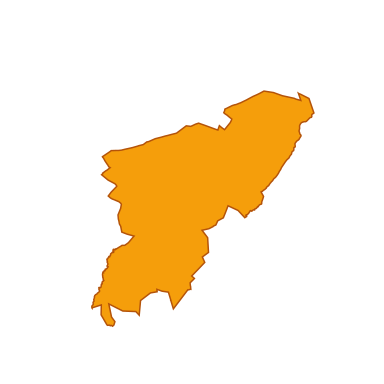 the district of Insiza, Matabeleland South, Zimbabwe, rotated 233°
{"feature_id": "62879985B6112756891378", "entity_name": "Insiza", "entity_type": "district", "adm_level": 2, "iso_a3": "ZWE", "parent_name": "Zimbabwe", "parent_adm1": "Matabeleland South", "projection": "mercator", "projection_center": [29.319, -20.268], "detail": "fine", "context": "isolated", "style": "filled", "palette": "amber", "viewbox_px": 384, "rotation_deg": 233, "n_neighbors": 0, "source": "geoboundaries", "source_scale": "gbopen_adm2", "svg_char_len": 5731}
<svg xmlns="http://www.w3.org/2000/svg" viewBox="0 0 384 384"><g transform="rotate(233 192 192)"><path d="M115.0,132.5L117.7,134.2L118.0,134.2L120.6,135.8L121.2,140.1L121.2,140.4L121.5,141.9L125.1,141.2L126.5,150.1L128.1,159.8L132.8,160.9L133.9,161.2L133.8,168.8L146.1,177.0L155.4,177.0L152.5,183.4L151.7,188.0L151.9,188.5L151.3,191.2L153.5,195.2L152.5,201.5L153.2,202.6L155.6,206.6L159.3,212.5L149.5,217.7L139.7,218.7L139.7,220.0L139.5,220.7L139.8,221.2L140.2,221.2L140.4,221.0L141.0,221.0L141.1,221.3L141.1,221.7L140.7,222.2L140.8,224.2L141.4,225.6L141.6,226.4L142.0,227.3L141.9,227.6L141.6,227.9L141.0,227.9L140.8,228.1L140.7,228.4L140.8,229.4L140.8,230.2L140.6,230.8L140.4,231.0L140.0,231.2L140.1,231.4L140.3,231.6L140.5,231.9L140.7,232.4L140.3,233.0L140.2,233.5L140.4,234.3L140.8,235.5L140.4,235.6L140.4,235.8L141.0,237.5L141.1,238.3L141.0,238.9L140.6,239.9L140.6,240.4L140.7,240.6L141.3,241.0L142.3,242.0L143.8,244.3L145.3,246.4L146.2,246.6L150.5,247.2L150.6,247.3L150.3,248.3L150.2,248.7L150.4,250.1L150.3,250.7L150.2,251.5L150.4,253.7L150.5,253.8L150.8,254.1L151.1,255.9L150.9,256.7L151.0,257.3L151.2,257.6L152.0,259.8L152.0,260.2L152.4,261.7L152.5,263.0L153.0,264.4L153.2,264.8L153.4,265.6L153.4,266.9L153.6,268.2L154.3,270.5L154.9,272.2L155.7,273.8L155.8,273.9L156.5,275.9L156.5,276.0L157.0,277.0L157.6,278.0L159.9,284.6L160.6,287.1L160.8,289.8L161.8,291.8L162.3,293.8L162.3,294.1L163.5,295.5L163.9,296.1L164.0,296.8L163.9,298.0L164.0,298.2L164.8,299.0L166.1,300.0L166.2,300.4L165.9,301.1L165.9,301.3L166.3,301.9L168.2,303.0L168.4,303.2L168.6,303.3L168.8,303.5L169.6,306.2L169.6,307.3L169.5,308.3L169.6,309.1L170.2,310.3L170.9,312.2L171.0,312.5L171.3,312.9L171.8,313.2L172.6,313.2L173.3,313.1L173.6,313.1L174.5,313.6L175.9,314.0L176.4,314.3L177.4,315.5L178.1,316.3L179.3,317.1L180.2,317.8L180.5,318.3L180.6,318.5L180.8,318.8L181.4,320.4L181.4,321.3L181.4,321.9L181.3,322.3L181.1,322.5L180.8,323.6L179.9,324.8L179.6,325.8L179.6,326.0L179.7,326.8L180.3,330.6L180.3,331.1L179.8,332.3L180.0,332.9L180.2,333.1L181.5,334.0L181.8,334.5L181.8,334.8L181.7,335.7L181.7,336.9L196.3,341.7L204.8,337.5L206.0,336.7L206.8,336.4L199.6,334.0L203.8,330.8L205.2,330.1L214.5,322.1L222.4,316.9L229.3,310.2L230.1,305.1L230.7,302.1L231.6,298.3L232.4,293.2L232.7,291.0L233.3,288.1L234.0,284.4L234.4,283.2L235.3,279.9L236.1,278.2L236.8,276.2L238.4,268.1L237.7,267.5L236.9,266.4L236.3,265.2L235.9,265.1L234.6,265.4L232.4,266.2L229.3,266.9L226.3,267.7L225.4,266.3L224.4,264.3L222.2,255.5L225.4,254.5L228.5,253.8L226.6,250.9L225.9,250.0L227.4,248.9L237.0,242.7L243.0,238.7L244.1,235.5L244.1,235.4L245.1,230.6L248.3,227.2L248.3,225.6L248.3,225.2L248.3,223.2L248.3,215.0L250.3,210.3L251.9,206.3L252.0,206.1L252.8,204.3L254.3,200.4L256.7,194.7L258.3,187.9L258.7,186.9L259.2,186.1L259.2,181.6L261.0,177.4L261.4,176.1L263.4,170.9L266.6,163.9L267.9,160.8L269.4,158.3L270.9,156.3L273.7,152.3L273.6,151.2L274.1,141.7L273.7,141.6L272.3,141.7L269.1,141.2L267.0,141.1L265.8,141.0L264.1,141.0L262.3,140.7L260.7,141.3L260.7,140.1L260.6,137.6L260.8,135.8L260.8,132.0L260.3,131.7L260.2,130.2L252.2,132.1L251.7,132.3L245.7,135.1L244.7,135.5L242.7,135.6L241.9,135.4L241.7,134.7L240.5,127.2L239.2,122.7L236.3,123.3L234.6,124.0L228.2,127.8L226.0,128.3L224.7,128.2L221.8,125.1L218.2,119.1L214.7,116.9L212.7,116.1L210.2,114.8L207.5,114.4L202.2,111.8L197.4,114.8L191.7,119.2L191.2,117.0L189.8,110.8L189.8,108.5L189.9,106.2L191.5,104.0L191.5,103.1L191.9,99.4L192.0,97.6L192.1,97.4L192.3,97.3L192.4,97.1L192.3,96.7L192.6,96.3L192.4,96.1L192.1,96.1L192.1,95.9L192.3,95.5L193.0,94.9L193.4,94.9L193.5,94.5L193.3,94.3L192.9,93.8L192.3,93.3L192.0,93.4L191.9,93.6L192.0,93.7L191.7,93.8L191.4,93.6L191.2,93.3L191.2,93.0L191.0,92.9L191.1,92.7L191.7,92.0L191.8,91.8L191.6,91.1L191.6,90.5L191.6,90.4L191.6,90.1L191.5,89.7L191.0,89.2L190.8,89.1L190.7,89.1L190.4,88.6L190.4,88.0L190.3,87.8L189.9,87.5L189.8,87.2L190.1,86.7L190.4,86.6L190.3,86.4L190.1,86.4L190.0,85.9L190.0,85.6L189.7,85.0L189.6,84.8L189.4,84.4L189.4,84.1L189.5,84.0L189.6,83.7L189.3,83.4L188.8,83.3L188.4,83.1L188.1,82.7L187.9,82.6L187.7,82.6L187.3,82.6L187.0,82.2L186.9,82.0L185.5,81.7L185.2,81.6L184.7,81.0L184.2,79.9L184.0,79.6L183.8,79.5L183.6,79.6L183.0,79.9L182.8,80.0L182.7,79.8L182.6,79.5L182.5,79.3L182.4,78.7L182.1,78.4L182.1,77.9L182.3,77.4L182.1,76.7L182.4,76.5L182.5,76.3L182.1,75.8L181.7,75.5L181.6,75.3L181.5,75.1L181.9,74.8L182.0,74.7L181.9,74.3L181.5,73.7L181.5,73.3L181.1,73.0L181.5,72.9L181.6,72.7L181.3,72.5L181.3,72.3L180.9,71.9L180.7,71.6L180.2,71.1L180.0,70.9L179.6,70.6L179.1,70.5L178.9,70.2L178.6,70.0L177.9,69.7L177.5,69.6L177.3,69.5L177.2,69.2L176.5,69.1L175.4,68.4L175.0,68.3L174.5,68.4L174.4,68.1L174.3,67.9L174.2,67.7L174.2,67.4L174.3,67.0L174.4,66.8L174.4,66.6L174.2,66.3L173.7,65.6L173.5,65.4L172.8,65.2L172.7,65.1L172.7,64.8L172.9,64.3L172.8,64.0L171.7,63.0L170.8,62.0L170.7,61.7L170.7,61.3L171.6,60.5L171.7,60.2L171.5,59.8L171.0,59.9L170.7,59.7L170.2,59.1L170.0,58.9L168.8,58.8L168.5,58.6L168.3,58.3L168.1,57.2L168.1,56.7L168.1,55.8L168.1,55.5L167.8,54.9L167.8,54.6L168.0,53.3L167.8,52.1L167.0,50.9L166.6,50.7L166.3,50.5L166.1,50.1L165.5,49.3L165.2,48.8L165.1,48.7L164.7,48.5L163.9,48.2L163.7,47.7L163.6,47.0L163.2,46.4L161.8,45.6L161.6,45.2L161.4,44.5L161.4,44.1L161.1,43.4L160.7,43.0L160.3,42.7L159.5,42.3L159.3,42.3L159.6,42.6L156.4,51.6L148.6,45.5L137.1,44.1L136.3,44.4L135.6,45.6L135.1,46.1L134.4,46.2L134.1,47.2L132.6,47.8L132.8,49.6L134.8,52.4L140.6,52.5L152.7,58.2L138.6,65.1L130.3,75.2L125.4,75.7L136.3,85.6L136.4,98.1L133.3,104.1L135.4,105.4L130.8,108.4L126.3,112.8L125.7,112.7L118.1,109.9L118.1,109.7L117.5,109.6L109.9,106.8L116.4,129.8L116.1,130.0L116.0,130.3L115.6,131.2L115.4,131.9L115.2,132.3L115.0,132.5Z" fill="#f59e0b" stroke="#b45309" stroke-width="1.5"/></g></svg>